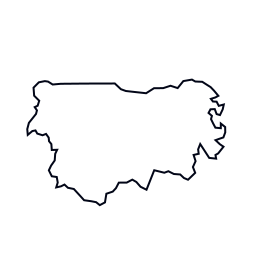 outline of Lagoa dos Três Cantos, Rio Grande do Sul, Brazil, rotated 165°
{"feature_id": "56859067B28552109375594", "entity_name": "Lagoa dos Três Cantos", "entity_type": "district", "adm_level": 2, "iso_a3": "BRA", "parent_name": "Brazil", "parent_adm1": "Rio Grande do Sul", "projection": "albers", "projection_center": [-52.844, -28.574], "detail": "fine", "context": "isolated", "style": "outline", "palette": "ink", "viewbox_px": 256, "rotation_deg": 165, "n_neighbors": 0, "source": "geoboundaries", "source_scale": "gbopen_adm2", "svg_char_len": 1435}
<svg xmlns="http://www.w3.org/2000/svg" viewBox="0 0 256 256"><g transform="rotate(165 128 128)"><path d="M35.3,141.9L37.6,146.1L40.3,149.0L44.3,153.4L51.0,155.5L53.7,158.2L62.4,159.0L69.7,153.7L76.0,157.8L83.7,157.4L92.6,159.7L101.5,156.9L113.1,161.4L120.5,164.3L124.8,167.3L129.2,174.4L157.9,182.0L181.5,188.1L189.5,189.5L193.2,193.5L196.2,194.8L202.3,195.2L208.8,191.4L210.3,183.5L206.7,177.3L209.5,172.9L212.7,172.3L211.4,168.6L213.2,165.4L222.4,158.6L225.6,153.0L226.6,147.3L221.2,149.8L218.0,149.6L217.1,146.1L212.4,143.1L208.7,143.5L207.1,139.2L207.7,135.7L206.2,132.3L207.3,126.5L202.1,125.3L205.0,121.9L207.2,115.6L212.0,111.6L215.4,107.6L214.1,101.1L209.5,99.1L210.0,93.5L212.7,89.2L207.8,89.0L204.0,89.8L201.5,85.8L196.1,83.1L191.6,74.5L189.1,69.6L182.5,66.8L178.0,64.6L175.2,60.8L169.5,62.1L165.9,70.1L159.2,70.5L155.2,73.0L151.0,77.6L143.4,75.6L137.2,77.0L133.9,73.7L131.1,68.0L126.1,63.6L113.6,80.4L104.5,75.4L100.2,75.8L95.6,71.7L89.6,69.6L86.9,65.2L83.4,62.5L74.7,67.3L75.4,73.5L71.3,78.5L71.6,85.0L66.4,84.8L65.8,89.2L62.4,93.8L57.3,78.1L50.8,75.6L50.5,79.3L47.5,80.1L40.6,85.2L43.5,88.6L46.6,93.6L43.0,93.9L38.3,94.2L35.2,98.6L33.9,103.8L37.2,108.3L38.4,103.8L43.5,105.7L44.6,110.4L45.5,115.1L43.8,118.0L46.3,121.7L43.5,124.7L39.3,123.8L38.8,118.5L35.8,116.7L31.7,121.5L29.4,125.9L34.6,125.9L35.6,130.5L39.1,131.6L40.4,134.7L35.7,134.9L32.4,135.7L35.3,141.9Z" fill="none" stroke="#020617" stroke-width="2"/></g></svg>